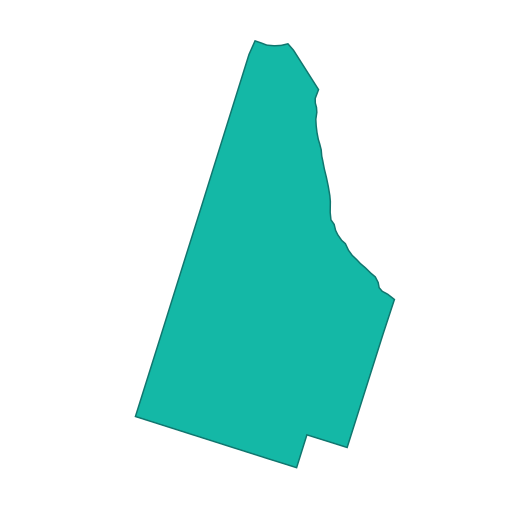 Vicentina, Mato Grosso do Sul, Brazil (Mercator projection), rotated 175°
{"feature_id": "56859067B52074491816851", "entity_name": "Vicentina", "entity_type": "district", "adm_level": 2, "iso_a3": "BRA", "parent_name": "Brazil", "parent_adm1": "Mato Grosso do Sul", "projection": "mercator", "projection_center": [-54.461, -22.488], "detail": "fine", "context": "isolated", "style": "filled", "palette": "teal", "viewbox_px": 512, "rotation_deg": 175, "n_neighbors": 0, "source": "geoboundaries", "source_scale": "gbopen_adm2", "svg_char_len": 839}
<svg xmlns="http://www.w3.org/2000/svg" viewBox="0 0 512 512"><g transform="rotate(175 256 256)"><path d="M205.7,464.6L212.5,463.6L219.3,463.8L226.8,465.1L232.1,467.7L238.2,470.4L245.4,457.4L292.5,343.0L305.6,311.1L331.6,248.2L357.4,185.6L390.1,106.6L260.2,52.4L234.0,41.6L220.9,73.4L181.9,57.3L136.3,167.0L121.9,200.6L128.1,206.4L133.3,209.8L136.1,213.7L136.6,218.9L139.0,224.8L143.4,229.2L147.9,234.5L152.8,239.5L156.0,243.6L160.1,248.2L163.4,253.7L165.9,260.5L169.3,264.1L172.7,270.0L174.5,274.6L175.4,280.7L178.2,285.5L178.3,293.0L177.2,303.8L177.2,309.7L177.9,318.7L179.0,328.0L180.4,337.1L181.2,344.9L181.8,349.7L181.8,356.1L182.8,362.2L183.8,366.9L184.5,373.8L184.7,380.6L184.5,387.0L182.9,393.8L182.8,398.7L183.6,403.2L183.3,407.8L179.2,416.3L200.7,457.7L205.7,464.6Z" fill="#14b8a6" stroke="#0f766e" stroke-width="1.5"/></g></svg>